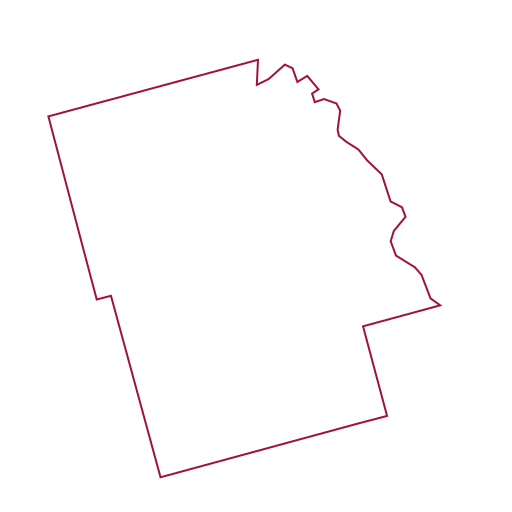 Burleigh, North Dakota, United States of America (orthographic projection), rotated 165°
{"feature_id": "52423323B75133574344854", "entity_name": "Burleigh", "entity_type": "district", "adm_level": 2, "iso_a3": "USA", "parent_name": "United States of America", "parent_adm1": "North Dakota", "projection": "orthographic", "projection_center": [-100.714, 46.981], "detail": "fine", "context": "isolated", "style": "outline", "palette": "rose", "viewbox_px": 512, "rotation_deg": 165, "n_neighbors": 0, "source": "geoboundaries", "source_scale": "gbopen_adm2", "svg_char_len": 640}
<svg xmlns="http://www.w3.org/2000/svg" viewBox="0 0 512 512"><g transform="rotate(165 256 256)"><path d="M405.5,67.0L198.9,67.8L170.8,67.6L170.8,160.4L90.9,160.7L98.4,169.9L101.0,194.9L105.5,204.0L120.7,220.2L122.1,235.4L116.4,244.5L101.4,255.2L102.4,265.3L111.9,273.9L113.4,302.3L123.8,319.4L129.0,331.2L130.0,332.9L139.2,342.9L144.7,350.5L144.8,350.6L144.5,356.8L137.1,374.6L138.8,382.5L149.7,390.0L159.4,389.4L159.8,398.4L152.5,400.8L159.9,416.7L171.0,413.4L172.1,427.9L178.6,433.4L198.1,423.6L210.9,421.1L203.3,445.0L420.4,444.6L421.0,302.7L421.1,255.2L406.4,255.1L405.5,67.0Z" fill="none" stroke="#9f1239" stroke-width="2"/></g></svg>